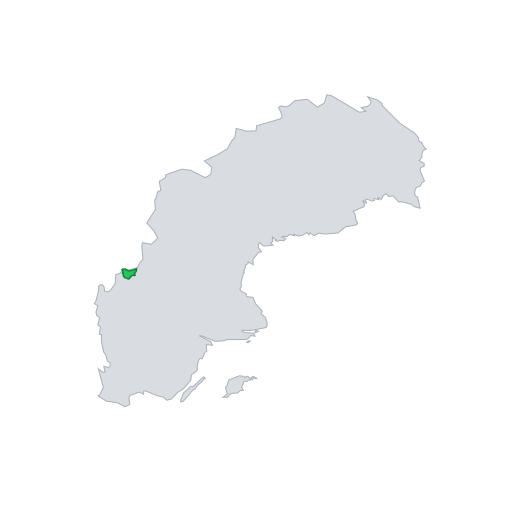 Eda, Värmland, Sweden (highlighted), rotated 21°
{"feature_id": "70781695B29968345732345", "entity_name": "Eda", "entity_type": "district", "adm_level": 2, "iso_a3": "SWE", "parent_name": "Sweden", "parent_adm1": "Värmland", "projection": "natural_earth1", "projection_center": [12.201, 59.829], "detail": "fine", "context": "in_parent", "style": "filled", "palette": "green", "viewbox_px": 512, "rotation_deg": 21, "n_neighbors": 0, "source": "geoboundaries", "source_scale": "gbopen_adm2", "svg_char_len": 4592}
<svg xmlns="http://www.w3.org/2000/svg" viewBox="0 0 512 512"><g transform="rotate(21 256 256)"><path d="M125.4,339.4L127.1,343.0L130.9,342.6L132.5,339.9L134.4,332.3L131.8,323.7L135.2,320.8L137.3,316.1L142.5,314.7L149.4,309.3L150.0,303.7L151.6,299.6L145.7,287.3L145.2,284.2L154.1,282.6L157.9,274.5L151.7,269.2L142.2,264.2L145.4,248.6L141.4,240.1L141.9,236.5L141.2,231.1L143.6,228.9L138.9,220.9L143.4,215.4L142.7,212.5L155.7,201.5L164.4,199.4L180.4,201.1L184.1,196.8L184.2,194.4L182.7,188.9L173.7,185.7L183.3,175.8L190.8,166.2L192.1,156.9L193.8,152.9L191.8,143.9L202.1,142.9L211.2,139.2L209.9,134.2L229.7,119.2L230.3,116.5L228.7,113.9L223.8,109.3L225.1,107.2L230.4,106.0L233.0,103.9L236.8,96.9L247.7,91.4L259.9,95.0L265.0,88.8L264.3,80.2L268.7,79.3L301.3,84.7L306.6,81.5L301.0,79.8L306.3,76.4L307.8,74.3L308.3,71.8L308.0,70.5L303.3,67.3L313.5,66.9L319.1,68.4L319.7,70.3L342.3,80.4L360.0,84.4L365.1,87.3L367.1,90.5L369.9,90.7L373.3,93.7L376.8,95.3L374.2,97.4L374.5,102.1L375.5,104.3L374.0,108.4L379.8,109.4L380.9,111.9L378.0,114.4L378.5,117.2L386.4,125.7L384.6,128.4L384.3,131.9L381.1,134.5L380.8,137.2L381.6,140.6L382.8,142.2L386.1,143.4L392.0,152.6L386.5,153.2L382.2,152.0L372.5,153.1L370.2,154.5L362.5,150.8L358.3,152.9L355.3,151.1L353.2,154.1L352.8,158.2L349.2,157.8L350.6,159.4L345.9,159.9L345.6,160.6L346.6,161.6L345.3,162.9L338.7,163.3L337.9,164.6L339.9,166.2L339.9,167.3L335.6,165.7L338.6,168.7L339.4,170.9L330.7,179.5L333.8,181.8L336.5,186.7L339.3,188.9L338.3,191.2L329.2,196.6L324.3,205.1L312.8,210.7L306.7,212.1L302.8,216.2L298.1,214.9L298.0,217.2L295.0,215.8L292.6,219.3L288.5,222.3L283.8,221.8L283.3,222.3L284.8,223.2L279.4,224.0L277.9,227.1L274.0,228.0L273.4,229.0L277.4,229.2L276.7,231.7L272.2,233.0L270.6,234.7L268.5,234.6L268.9,233.4L265.8,233.4L264.8,232.0L264.3,232.4L266.4,236.6L265.0,238.2L267.9,239.9L259.7,244.0L254.6,242.4L254.0,243.7L255.1,247.2L259.6,250.0L257.0,251.9L254.4,260.2L256.5,265.2L250.7,264.1L251.2,266.0L249.4,268.2L250.2,271.5L249.7,273.6L251.1,275.6L250.4,276.5L251.5,285.6L253.2,289.5L252.7,292.6L255.1,294.3L260.2,294.7L261.8,297.3L268.1,295.7L272.8,300.8L281.5,305.2L281.2,308.0L286.7,310.0L290.1,313.9L291.4,317.1L291.1,319.1L282.7,324.5L276.2,328.1L269.5,330.3L269.8,331.2L273.2,331.5L281.4,328.9L283.8,331.2L279.4,332.3L278.6,335.4L276.8,337.4L258.8,344.5L256.5,346.7L248.4,350.3L233.8,350.0L231.6,350.8L244.3,352.2L247.4,354.9L241.4,356.5L244.2,362.8L242.7,364.3L242.7,371.2L240.6,371.3L239.7,374.2L241.0,381.2L242.1,383.1L241.6,385.1L238.3,389.9L239.6,395.5L235.8,405.8L231.6,411.8L228.3,419.8L224.5,422.6L220.0,420.9L213.3,421.9L201.1,421.5L199.6,422.3L200.5,425.3L196.1,424.8L188.5,431.1L188.2,434.0L191.4,439.9L187.7,443.7L179.4,442.7L168.5,445.1L158.6,443.2L159.9,441.2L160.6,433.5L149.3,417.8L154.5,419.4L156.7,418.6L153.4,413.5L157.9,413.2L159.3,411.4L158.5,408.4L154.7,407.1L151.5,402.5L148.1,400.1L142.1,390.9L139.9,384.6L137.9,385.2L136.1,378.0L132.9,376.9L132.2,369.6L128.8,368.8L126.6,365.5L126.2,359.2L122.2,358.4L122.7,355.3L121.4,344.3L120.0,340.8L121.1,338.3L123.3,338.0L125.4,339.4ZM295.5,373.5L293.7,374.2L292.7,376.2L289.9,377.2L289.6,383.6L292.3,386.0L289.6,387.1L287.8,390.5L282.9,392.8L281.0,394.9L280.1,398.1L275.8,399.7L278.7,395.1L274.6,389.7L275.5,387.7L275.0,381.5L283.6,373.7L287.7,372.7L289.5,373.6L290.3,371.7L291.6,371.3L295.5,373.5ZM240.1,417.8L238.0,419.2L237.3,417.3L237.4,409.8L242.0,401.0L244.2,400.3L249.8,388.3L250.5,387.6L252.6,388.3L251.1,389.4L251.2,391.5L247.6,397.9L246.7,402.0L245.4,403.0L240.1,417.8ZM297.2,371.1L296.9,372.8L294.6,371.4L296.7,369.4L301.1,369.9L297.2,371.1ZM285.4,325.4L282.7,328.1L282.1,327.0L282.6,325.6L285.4,325.4ZM279.7,339.6L278.3,339.8L279.2,337.9L281.2,337.5L279.7,339.6Z" fill="#d9dde1" stroke="#a8b0b8" stroke-width="1"/><path d="M145.6,323.3L145.7,322.9L145.7,322.4L145.9,322.0L146.4,321.2L146.4,320.7L146.8,319.6L147.4,318.7L148.0,318.2L148.8,317.9L149.7,317.7L150.0,317.4L149.5,316.7L149.0,316.2L149.0,315.1L149.1,314.4L149.4,314.1L149.6,313.5L149.6,312.7L149.4,312.1L149.3,311.4L149.0,310.8L148.5,311.4L147.8,311.8L146.8,312.7L146.1,313.4L145.2,313.9L144.6,314.1L143.8,314.7L142.9,315.4L142.1,315.5L141.1,315.3L140.4,315.3L139.8,315.4L139.0,315.2L138.3,315.0L137.4,315.6L136.8,315.9L136.4,315.9L136.2,316.3L136.0,316.6L135.8,316.8L136.3,317.3L137.1,318.1L137.6,318.4L137.7,319.0L137.6,319.6L137.6,319.9L137.8,320.2L138.2,320.2L138.5,320.5L138.9,321.1L139.2,321.7L139.4,322.2L139.7,322.6L140.6,322.8L141.2,323.1L141.8,323.3L142.5,323.2L143.0,322.9L143.8,323.0L144.4,323.2L145.2,323.2L145.6,323.2L145.6,323.3Z" fill="#22c55e" stroke="#15803d" stroke-width="1.5"/></g></svg>